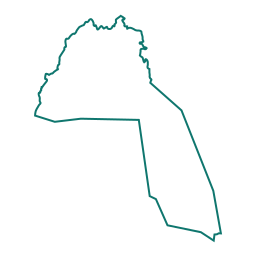 the district of Dolores, Copán, Honduras
{"feature_id": "27666195B68227571253463", "entity_name": "Dolores", "entity_type": "district", "adm_level": 2, "iso_a3": "HND", "parent_name": "Honduras", "parent_adm1": "Copán", "projection": "robinson", "projection_center": [-88.864, 14.902], "detail": "fine", "context": "isolated", "style": "outline", "palette": "teal", "viewbox_px": 256, "rotation_deg": 0, "n_neighbors": 0, "source": "geoboundaries", "source_scale": "gbopen_adm2", "svg_char_len": 5203}
<svg xmlns="http://www.w3.org/2000/svg" viewBox="0 0 256 256"><path d="M220.9,233.4L213.3,190.8L181.5,110.4L150.3,82.8L150.5,82.1L150.7,81.4L150.9,80.8L151.3,80.1L151.4,79.9L151.4,79.6L151.3,79.4L151.2,79.2L150.6,78.7L150.2,78.3L149.8,77.5L149.7,77.1L149.6,76.5L149.7,75.6L149.7,74.7L149.4,72.4L149.4,71.2L149.4,69.9L149.4,69.0L148.7,68.7L148.1,68.3L147.9,68.1L147.7,67.9L147.6,67.5L147.5,67.2L147.5,66.4L147.8,65.0L147.8,64.0L147.8,62.1L147.7,61.7L147.6,61.3L147.2,60.4L146.9,60.0L146.7,59.7L146.4,59.5L146.1,59.3L145.9,59.2L145.7,59.2L145.5,59.3L145.4,59.4L145.3,59.6L145.3,59.9L145.5,60.3L145.5,60.6L145.4,61.0L145.1,61.5L144.6,61.9L144.2,62.2L143.8,61.7L143.6,61.2L142.8,58.3L142.5,57.5L142.4,57.4L141.8,57.0L141.0,56.5L140.0,55.6L139.9,55.5L139.9,55.3L140.1,54.7L140.3,53.6L140.5,51.8L140.6,51.1L140.5,50.3L140.6,49.9L140.7,49.5L140.9,49.2L141.1,49.1L141.3,49.0L142.2,48.8L142.8,48.7L143.2,48.7L143.7,48.8L144.8,49.2L145.3,49.2L145.7,49.1L146.1,48.9L146.4,48.5L146.5,48.4L146.6,48.2L146.5,47.9L146.2,47.7L145.8,47.6L144.9,47.2L144.0,47.1L143.8,47.0L143.6,46.7L143.2,46.1L142.4,44.6L142.2,44.3L141.9,44.0L141.6,43.8L141.2,43.7L140.9,43.7L140.4,43.8L140.1,43.8L139.9,43.6L139.7,43.3L139.6,43.1L139.7,42.8L139.8,42.6L140.0,42.4L140.3,42.4L141.1,42.3L142.2,42.1L142.6,41.9L143.1,41.7L143.3,41.6L143.3,41.4L143.3,41.2L143.2,40.8L142.8,39.9L142.7,39.7L142.6,39.0L142.6,37.6L142.5,36.6L142.3,35.8L141.9,34.5L141.6,33.5L141.4,31.9L141.3,31.6L141.1,31.4L140.9,31.2L140.4,30.9L140.1,30.8L139.2,30.6L138.7,30.5L137.6,30.5L137.0,30.5L136.1,30.3L135.6,30.2L135.0,29.9L133.7,29.1L132.9,28.7L131.8,28.2L130.9,27.9L130.4,27.8L129.8,27.8L128.6,27.9L128.3,28.0L128.0,28.1L127.5,28.7L127.4,28.7L127.2,28.7L127.1,28.2L127.0,27.4L127.1,26.7L127.1,26.4L126.9,26.4L126.4,26.3L125.7,26.4L125.2,26.4L124.8,26.3L124.5,26.0L124.4,25.7L124.3,25.4L124.4,25.1L124.5,24.7L124.5,24.4L124.5,24.2L124.3,23.7L124.1,23.2L123.3,22.2L122.8,21.4L122.5,20.9L122.4,20.5L122.3,20.3L122.4,20.1L122.5,19.8L122.7,19.5L123.0,19.4L123.6,19.6L123.9,19.5L124.2,19.2L124.4,18.9L124.6,18.6L124.6,18.4L124.3,18.2L122.8,17.1L122.4,16.8L121.5,16.4L121.3,16.2L121.1,16.0L121.1,15.9L121.4,15.4L119.2,17.1L116.7,18.9L116.3,19.3L116.0,19.6L115.9,19.8L115.9,21.0L115.9,21.5L116.1,22.2L116.1,22.5L116.0,22.8L115.5,23.5L115.2,23.8L114.8,24.1L114.6,24.3L114.6,24.5L114.6,25.1L114.6,25.4L114.5,25.9L114.4,26.2L114.2,26.3L114.1,26.2L113.9,25.8L113.7,25.6L113.2,25.8L112.8,26.1L112.5,26.4L112.3,26.8L112.0,27.5L111.7,28.0L111.2,28.4L110.7,28.8L110.4,28.9L110.0,29.0L109.5,29.0L108.9,29.0L108.2,28.8L107.9,28.6L107.6,28.4L107.4,28.1L107.3,27.8L107.2,27.3L107.1,27.1L106.9,26.9L106.7,26.9L106.4,27.0L105.4,27.6L104.5,28.2L103.9,28.5L103.7,28.5L103.4,28.2L102.8,27.4L101.9,26.4L101.7,26.2L101.4,26.1L101.0,26.2L100.6,26.5L99.4,28.0L98.5,29.1L98.2,29.3L97.8,29.5L97.7,29.5L97.3,29.3L97.1,28.8L96.5,27.0L96.1,26.0L95.8,25.4L95.6,25.3L95.4,25.3L95.2,25.4L95.1,25.7L94.9,25.9L94.8,26.0L94.6,26.0L94.4,25.9L94.2,25.8L94.0,25.6L93.8,25.3L93.6,25.0L93.6,24.6L93.6,23.5L93.5,22.8L93.2,22.1L93.0,21.6L92.8,21.1L92.4,20.5L91.9,19.8L91.3,19.3L91.1,19.2L90.9,19.2L90.7,19.2L90.4,19.2L89.7,19.6L89.2,20.0L88.9,20.5L88.4,21.4L88.0,21.7L87.7,21.9L87.3,22.1L87.0,22.1L86.7,22.1L86.3,21.9L86.0,21.9L85.8,22.0L85.5,22.2L85.3,22.4L84.8,23.3L84.0,24.7L83.7,25.1L82.8,25.4L82.2,25.6L80.4,26.5L79.6,26.9L79.3,27.1L78.9,27.6L78.4,28.2L76.9,30.3L76.5,31.0L76.2,31.9L76.0,32.2L75.4,33.0L74.6,33.8L74.3,33.9L73.9,33.7L73.6,33.7L73.0,33.9L72.5,34.1L72.1,34.4L71.5,34.9L70.5,35.9L69.8,36.8L69.0,38.0L68.6,38.5L68.2,38.7L67.8,38.8L67.5,38.8L66.9,38.7L66.6,38.7L66.4,38.8L66.1,39.0L65.9,39.3L65.6,40.0L65.5,40.6L65.4,41.4L65.4,42.0L66.0,46.2L65.9,46.5L65.7,46.9L65.5,47.0L65.2,47.0L64.9,47.1L64.7,47.3L64.5,47.6L64.4,47.9L64.3,48.3L64.3,48.7L64.4,49.4L64.3,49.6L64.2,49.9L60.8,55.1L60.1,56.3L59.7,57.0L59.6,57.5L59.5,57.9L59.5,58.3L59.6,58.9L59.6,59.3L59.6,59.9L59.3,62.0L59.2,62.6L59.3,63.5L59.3,64.1L59.2,64.4L59.0,64.6L58.5,64.8L58.3,64.9L58.1,65.2L57.9,65.7L57.7,66.3L57.5,67.4L57.4,68.0L57.4,68.5L57.5,68.6L57.6,68.8L57.9,69.0L58.0,69.1L57.9,69.3L57.7,69.5L56.8,69.9L55.6,70.7L54.0,71.9L53.5,72.4L52.8,73.2L52.3,73.5L52.1,73.5L51.7,73.5L51.4,73.5L49.6,74.5L49.0,74.9L48.8,74.8L48.4,74.5L47.9,74.2L47.3,74.0L46.6,73.9L46.3,73.8L46.0,73.9L45.8,74.0L45.7,74.3L45.5,75.2L45.2,76.7L45.1,78.3L45.2,78.8L45.3,79.0L45.5,79.1L45.9,79.1L46.1,79.1L46.3,79.1L46.5,79.2L46.8,79.5L47.0,80.0L47.0,80.4L46.8,81.0L46.5,81.5L44.1,84.5L42.5,86.7L42.3,87.0L42.2,87.0L41.8,87.0L41.6,87.0L41.5,87.3L41.7,87.8L41.7,88.1L41.6,88.4L41.2,88.7L41.0,89.0L41.0,89.4L41.2,89.8L41.2,90.0L41.2,90.3L41.1,90.5L40.9,90.8L40.4,91.1L40.2,91.4L40.1,91.7L40.2,92.1L40.2,92.3L40.2,92.5L39.9,92.8L39.7,92.9L39.3,92.7L39.1,92.8L38.9,92.9L38.8,93.1L38.7,93.4L38.7,93.8L38.7,94.3L38.8,94.9L39.0,95.8L39.6,97.0L39.7,97.4L39.7,97.8L39.8,98.5L39.7,99.9L39.7,101.0L39.8,101.4L40.0,101.8L40.5,102.7L40.5,102.9L40.5,103.2L40.4,103.5L40.2,103.8L39.3,104.7L39.0,105.1L38.5,105.9L36.7,109.0L36.2,110.0L35.8,110.9L35.5,112.1L35.2,113.8L35.1,115.6L54.8,121.8L80.9,118.7L138.8,119.9L149.7,196.1L155.9,199.1L167.5,225.3L200.9,232.2L213.7,240.6L214.5,234.5L216.9,234.3L218.8,233.3L220.9,233.4Z" fill="none" stroke="#0f766e" stroke-width="2"/></svg>